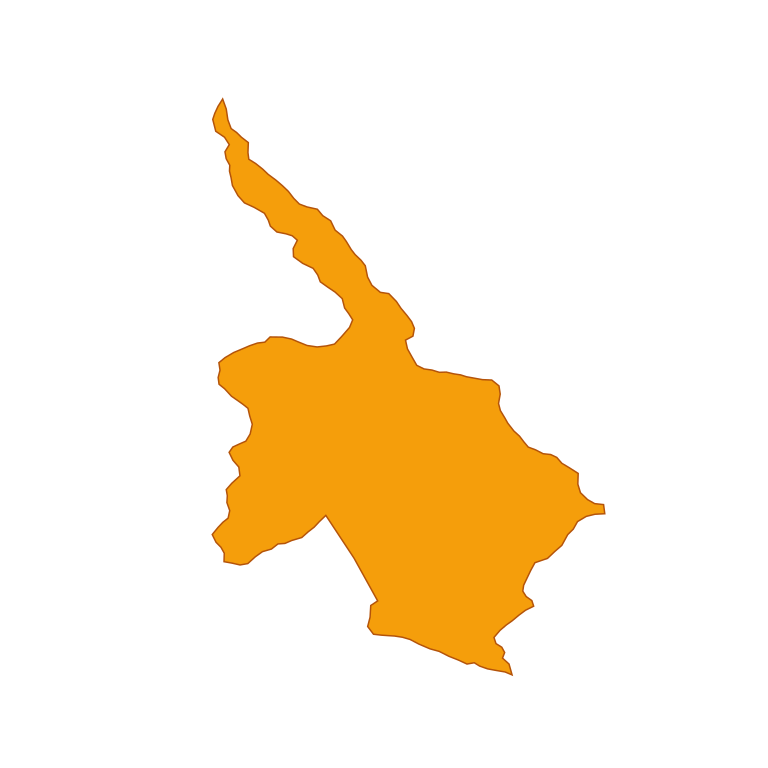 São José do Vale do Rio Preto, Rio de Janeiro, Brazil, rotated 260°
{"feature_id": "56859067B51855619198666", "entity_name": "São José do Vale do Rio Preto", "entity_type": "district", "adm_level": 2, "iso_a3": "BRA", "parent_name": "Brazil", "parent_adm1": "Rio de Janeiro", "projection": "orthographic", "projection_center": [-42.907, -22.174], "detail": "fine", "context": "isolated", "style": "filled", "palette": "amber", "viewbox_px": 768, "rotation_deg": 260, "n_neighbors": 0, "source": "geoboundaries", "source_scale": "gbopen_adm2", "svg_char_len": 2812}
<svg xmlns="http://www.w3.org/2000/svg" viewBox="0 0 768 768"><g transform="rotate(260 384 384)"><path d="M217.9,578.9L227.1,579.3L229.6,570.7L234.8,564.4L242.8,558.6L251.7,557.5L262.2,559.7L269.3,552.0L275.0,545.4L281.7,541.4L285.6,535.9L287.7,528.6L292.8,521.9L296.8,515.1L302.7,511.7L309.1,508.4L315.2,503.7L323.9,499.1L329.6,497.1L337.6,494.0L344.9,493.4L353.9,496.7L362.2,496.9L369.2,490.8L371.2,481.7L373.9,474.4L376.8,466.5L379.7,461.0L381.9,454.4L384.9,447.4L385.9,440.5L389.4,433.7L391.9,426.0L396.7,419.5L405.6,416.3L414.5,413.2L423.5,412.8L426.1,420.8L433.5,423.6L440.6,422.0L447.5,418.5L455.5,413.9L463.2,410.5L472.2,404.4L474.9,396.3L483.3,389.2L492.2,386.4L503.7,386.1L509.8,382.9L516.5,378.0L522.0,375.1L531.0,371.6L536.9,368.8L544.0,362.6L554.0,359.8L560.4,352.9L567.7,348.7L571.8,338.8L575.9,331.9L582.4,327.4L590.4,323.2L596.8,318.5L603.5,313.0L610.6,306.3L616.6,301.9L623.4,295.9L628.8,289.9L635.5,290.2L645.3,292.3L651.8,286.4L657.3,282.5L662.1,277.8L671.3,276.1L682.2,276.4L692.7,274.6L686.3,268.8L680.0,264.4L674.3,261.3L662.1,262.2L654.7,269.8L646.6,273.2L640.3,267.7L633.3,267.7L626.2,270.1L620.5,268.8L613.9,269.2L605.8,269.2L594.9,272.9L586.6,278.0L580.5,286.8L572.9,295.9L565.5,298.5L559.2,299.5L552.3,304.9L548.9,313.6L545.9,319.4L540.6,323.6L533.2,318.1L525.1,317.0L516.9,324.9L510.2,334.3L502.8,337.7L495.7,339.0L489.0,345.6L483.0,351.8L475.3,357.7L465.7,358.4L459.4,361.5L452.6,364.3L445.7,359.9L438.0,350.4L431.9,342.2L431.5,333.9L432.1,324.6L435.3,314.9L440.5,306.6L444.3,300.8L447.8,292.2L450.1,280.0L445.9,273.9L446.3,266.5L445.0,258.3L443.3,251.1L441.1,241.4L437.6,232.1L433.7,225.1L426.1,224.9L419.2,221.8L412.4,221.5L407.0,226.2L398.4,231.7L389.0,241.1L383.7,245.8L375.9,246.2L367.2,247.3L358.0,243.5L351.7,238.0L350.0,231.0L348.2,224.2L343.6,219.6L335.1,222.0L327.4,226.6L318.6,226.2L312.7,216.9L307.4,210.3L301.2,210.3L294.5,208.7L286.1,210.1L279.0,207.2L275.8,201.3L271.7,195.8L265.6,188.7L257.3,191.1L251.5,195.1L245.1,197.3L236.8,195.6L234.0,203.2L230.8,210.8L230.8,218.7L236.2,227.3L240.0,235.2L241.0,244.5L244.9,251.8L244.2,258.8L245.9,265.9L247.1,276.4L251.5,283.5L255.1,290.3L259.6,296.3L264.7,303.9L217.8,324.2L171.5,340.1L168.2,332.5L156.8,329.8L148.0,325.8L139.4,330.2L137.2,337.5L135.6,343.9L134.0,350.5L131.4,358.2L127.9,365.3L121.8,373.2L115.2,383.3L111.1,391.9L104.6,400.6L99.3,409.2L93.8,417.1L93.8,424.5L89.6,429.2L85.5,436.5L82.4,444.8L79.4,453.2L75.3,459.6L86.5,458.5L93.5,453.1L98.6,456.2L104.3,454.3L108.9,449.2L115.3,448.3L121.2,455.4L125.5,462.7L128.6,469.2L132.8,476.5L136.6,484.0L139.2,492.8L145.0,492.0L150.0,487.1L155.9,484.7L161.6,486.6L169.6,492.3L174.9,496.1L181.8,501.6L183.9,514.8L189.4,523.1L194.2,531.1L203.8,538.8L208.2,545.2L214.9,550.7L218.5,560.2L219.1,569.2L217.9,578.9Z" fill="#f59e0b" stroke="#b45309" stroke-width="1.5"/></g></svg>